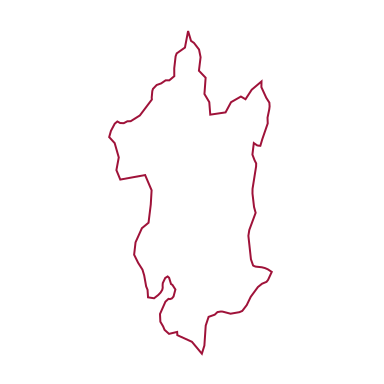 the Municipality of Kuldigas, rotated 97°
{"feature_id": "LVA-5709", "entity_name": "Kuldigas", "entity_type": "Municipality", "adm_level": 1, "iso_a3": "LVA", "parent_name": "Latvia", "parent_adm1": "", "projection": "equal_earth", "projection_center": [22.002, 56.933], "detail": "fine", "context": "isolated", "style": "outline", "palette": "rose", "viewbox_px": 384, "rotation_deg": 97, "n_neighbors": 0, "source": "natural_earth", "source_scale": "10m", "svg_char_len": 1696}
<svg xmlns="http://www.w3.org/2000/svg" viewBox="0 0 384 384"><g transform="rotate(97 192 192)"><path d="M59.3,224.8L56.3,224.1L49.5,216.6L32.7,215.5L42.1,211.4L43.8,208.2L49.7,202.4L57.2,199.9L70.8,199.9L76.9,192.4L93.2,191.6L100.7,185.8L113.0,183.3L108.9,168.4L98.1,164.2L91.3,155.1L93.4,150.2L83.2,145.2L73.8,136.5L79.5,135.9L89.4,129.8L93.9,126.1L97.6,125.4L100.6,125.4L109.0,126.1L114.7,125.2L131.2,128.7L137.8,129.8L137.9,131.3L137.8,133.0L135.9,136.6L147.5,136.6L152.8,133.8L155.8,131.8L158.8,131.5L181.5,132.3L186.1,131.8L199.3,128.6L204.9,126.3L222.7,130.5L228.6,130.7L251.6,125.3L257.5,122.4L258.0,121.1L258.3,119.6L258.2,113.5L258.4,112.0L258.6,110.4L259.5,107.3L261.6,103.1L270.0,105.8L272.1,107.1L274.5,111.3L278.3,115.0L288.8,120.9L297.6,123.9L303.9,127.6L305.5,130.3L308.1,138.9L307.0,147.0L307.1,148.8L308.1,152.1L311.0,154.5L313.9,160.3L322.9,162.1L342.9,161.0L351.3,162.5L340.7,173.8L335.9,189.1L332.7,189.7L335.6,197.5L332.2,202.4L328.9,204.3L324.6,207.6L317.0,208.9L304.1,205.0L300.9,202.3L301.0,200.8L300.1,199.0L298.0,197.6L290.8,196.6L286.6,200.1L285.9,201.6L279.9,204.3L278.8,205.9L280.6,208.1L286.0,209.9L288.2,209.8L290.7,209.4L292.7,209.6L295.6,210.9L298.3,212.9L302.1,216.7L301.9,222.8L294.5,224.2L291.3,226.0L280.6,229.3L275.1,231.7L268.9,236.8L261.3,241.8L248.8,241.9L234.0,237.3L227.8,231.4L209.5,231.4L195.2,232.3L180.9,240.6L188.4,264.7L179.5,269.7L166.6,268.9L152.9,274.7L147.6,280.9L141.2,279.9L133.6,277.0L131.1,274.7L132.3,271.7L132.0,268.1L129.7,264.8L129.2,261.5L122.4,253.1L105.1,243.1L103.2,243.5L96.6,243.7L94.4,243.3L90.1,240.1L88.0,235.9L84.4,231.8L83.9,228.1L79.2,223.7L71.4,224.7L59.3,224.8Z" fill="none" stroke="#9f1239" stroke-width="2"/></g></svg>